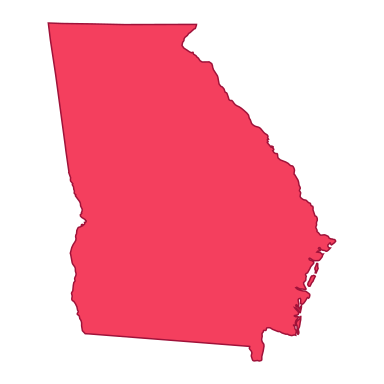 outline of Georgia
{"feature_id": "USA-3543", "entity_name": "Georgia", "entity_type": "State", "adm_level": 1, "iso_a3": "USA", "parent_name": "United States of America", "parent_adm1": "", "projection": "albers", "projection_center": [-82.629, 32.682], "detail": "fine", "context": "isolated", "style": "filled", "palette": "rose", "viewbox_px": 384, "rotation_deg": 0, "n_neighbors": 0, "source": "natural_earth", "source_scale": "10m", "svg_char_len": 5955}
<svg xmlns="http://www.w3.org/2000/svg" viewBox="0 0 384 384"><path d="M332.3,239.0L333.0,239.4L333.9,239.4L334.9,239.7L335.7,241.1L334.6,242.6L331.6,244.9L331.0,244.6L330.6,243.9L330.3,243.0L329.5,243.1L328.8,244.2L327.8,245.1L327.9,246.4L328.8,247.7L330.4,248.0L328.3,250.2L326.9,251.2L326.0,251.3L325.0,250.6L322.2,250.1L321.1,249.6L320.3,248.2L319.8,247.6L319.0,247.6L318.4,248.3L318.8,249.0L320.1,249.9L320.2,250.6L317.7,251.2L316.9,252.1L320.4,252.6L322.0,254.1L323.3,254.0L322.7,255.0L322.1,256.9L320.2,259.4L319.4,260.2L318.5,260.6L315.3,260.7L313.3,260.4L310.2,258.3L309.4,258.2L309.0,258.7L309.3,259.7L310.1,260.2L312.0,260.7L313.8,262.1L313.6,263.4L311.2,266.1L310.4,267.3L310.0,268.4L307.5,272.9L306.4,273.3L305.6,274.2L305.5,274.8L306.3,276.4L305.8,277.9L305.9,279.0L305.7,280.4L303.6,282.6L303.7,284.2L306.1,289.0L305.5,289.4L299.7,288.8L298.4,288.2L297.1,287.4L296.6,287.3L295.8,287.7L297.4,289.2L299.9,290.2L302.7,290.9L305.0,291.1L306.0,291.4L308.7,293.4L309.7,294.3L309.8,295.5L309.4,297.2L308.6,298.2L307.4,297.6L305.2,301.2L303.7,303.2L302.6,304.1L301.1,304.0L300.6,303.6L300.7,299.3L300.2,298.4L298.9,298.7L298.2,299.5L298.2,300.6L298.7,303.4L298.8,304.9L298.5,305.9L296.3,304.7L295.8,305.3L296.0,306.2L297.8,307.0L299.9,309.1L299.8,307.6L300.2,306.8L301.5,305.6L301.4,307.5L300.3,312.6L299.9,312.6L299.1,311.1L297.8,309.5L296.3,308.2L294.7,307.7L295.6,309.0L298.1,311.6L298.6,312.8L298.3,314.3L297.3,315.0L294.4,315.6L294.4,316.1L295.7,316.7L297.9,316.7L298.7,317.0L298.0,318.1L296.1,320.3L295.7,321.3L295.3,323.0L295.5,323.7L296.1,324.6L296.2,325.5L295.0,325.1L293.6,325.1L293.6,325.6L294.5,325.9L294.8,326.6L294.9,328.5L295.2,329.2L296.0,330.2L296.3,331.0L296.1,332.6L295.7,334.4L295.8,335.3L294.2,334.9L292.2,335.5L291.6,335.6L289.0,335.0L287.6,334.2L285.8,334.2L281.9,332.9L280.2,331.8L279.3,331.5L278.2,331.6L272.5,329.3L270.2,327.8L268.0,327.7L266.9,327.9L266.5,328.4L266.2,329.9L265.8,330.4L265.2,330.5L264.1,330.3L263.7,330.4L263.5,330.6L263.3,331.8L262.4,332.9L262.0,333.8L262.2,336.3L261.7,338.9L261.7,340.1L262.3,342.0L263.8,344.2L264.0,346.2L263.2,351.0L261.8,356.5L261.8,359.5L261.7,360.0L261.2,360.5L259.4,361.0L257.3,360.5L254.4,360.9L253.3,360.7L252.7,360.2L252.4,359.6L251.3,356.2L251.3,355.4L251.9,353.1L251.7,352.1L251.2,351.0L249.7,349.1L249.3,348.2L249.8,346.7L249.7,346.4L89.2,333.9L85.2,333.7L82.4,330.7L81.6,325.9L81.6,322.8L81.2,321.1L80.4,319.4L79.8,318.8L79.4,316.6L79.1,315.8L77.3,314.3L77.3,313.4L78.0,312.4L78.3,311.8L78.1,311.0L77.6,310.3L76.9,306.8L75.4,303.7L73.8,301.4L72.6,300.7L71.9,299.8L71.8,298.6L72.2,296.0L71.5,293.3L71.7,292.6L72.8,290.8L73.3,285.3L73.8,282.6L75.1,280.9L74.6,278.8L75.0,277.3L75.7,276.0L76.1,274.3L76.0,273.3L75.4,271.2L75.3,268.3L74.8,267.0L72.7,264.0L72.2,262.8L70.7,254.6L70.3,253.2L71.8,247.5L73.1,244.7L75.1,241.6L75.8,240.2L76.0,238.4L75.6,236.8L75.8,235.1L76.5,233.9L76.8,230.5L77.8,228.2L78.3,227.5L78.7,227.3L80.5,226.8L82.3,225.9L81.3,225.2L81.6,224.6L82.5,224.4L83.6,224.9L84.1,224.5L84.6,224.0L84.8,223.3L84.5,222.4L85.6,222.2L86.0,221.8L86.2,221.2L86.1,220.7L85.5,220.5L85.2,219.6L81.7,217.4L80.5,216.1L80.3,214.8L81.7,213.4L81.4,212.6L82.1,211.1L82.2,209.2L80.6,205.9L80.4,203.5L80.1,202.6L79.5,201.4L75.4,195.8L75.8,194.9L75.3,194.3L74.6,193.8L74.2,193.1L74.4,190.9L73.8,189.4L73.5,186.8L72.5,185.2L72.3,184.5L72.8,183.8L70.6,181.0L70.4,179.8L70.6,177.7L68.7,172.4L68.9,171.8L65.9,150.9L65.3,145.9L55.7,75.0L50.4,40.0L48.3,23.0L62.2,23.5L92.1,23.9L124.5,24.6L196.5,24.4L196.4,25.3L195.3,28.5L193.9,29.1L190.1,32.6L189.0,33.2L188.0,34.4L187.4,35.4L184.9,37.4L184.1,38.8L183.9,40.5L183.6,41.1L182.6,42.4L182.0,45.5L183.9,48.1L189.3,51.7L191.3,52.7L192.7,52.3L193.1,52.4L193.2,53.4L193.7,54.3L195.9,55.6L197.2,57.3L198.4,58.1L199.4,59.8L200.3,60.9L202.3,62.0L209.2,61.9L211.7,63.6L212.4,65.5L212.7,67.4L213.5,69.8L217.4,75.8L217.9,77.4L219.0,83.6L219.4,84.6L219.8,84.9L220.8,86.3L222.2,86.9L222.9,87.6L224.1,89.1L224.7,91.1L225.2,92.2L226.6,92.9L227.1,93.7L228.4,97.5L228.9,99.4L229.6,100.2L230.6,100.5L231.8,100.5L232.8,101.5L233.8,103.0L235.2,104.7L237.1,105.9L239.1,106.8L241.4,108.3L243.9,110.4L246.9,113.1L248.5,115.1L249.3,118.3L250.3,119.8L251.6,123.5L252.9,124.8L254.3,125.8L255.6,126.4L258.5,127.2L259.7,127.8L260.9,128.9L263.5,132.1L264.7,133.3L267.2,134.9L268.0,136.2L267.6,137.7L268.5,139.2L267.5,139.4L267.3,139.9L268.1,141.7L267.2,142.2L267.7,143.2L270.8,146.8L271.3,146.1L272.0,146.2L273.1,146.7L273.1,147.2L272.3,147.6L273.3,148.4L273.8,149.3L273.6,150.0L272.7,150.6L273.7,152.2L274.6,153.1L275.7,153.5L277.1,153.6L277.5,154.2L277.8,157.1L278.2,158.1L280.3,159.9L285.7,162.0L288.2,163.4L289.9,165.1L290.9,165.7L292.2,165.9L293.0,166.4L293.7,167.6L294.3,169.1L294.5,170.3L294.1,172.8L294.1,174.2L294.8,174.8L298.0,180.2L298.6,182.2L298.9,184.4L299.2,185.6L299.8,186.6L300.2,187.7L300.2,188.7L299.8,189.2L299.4,190.8L300.2,191.8L300.7,192.9L300.2,195.4L300.1,196.5L300.7,197.6L302.6,199.2L303.9,199.8L305.7,200.1L306.3,200.4L308.5,202.6L310.1,203.2L310.4,203.5L310.8,204.9L311.1,205.6L312.8,206.4L313.1,207.7L313.0,209.9L315.0,215.9L315.9,216.2L316.7,217.0L317.2,218.3L317.3,219.8L317.2,220.6L316.7,221.6L316.4,223.1L316.6,225.0L315.9,226.7L315.8,227.5L317.1,230.3L316.9,231.2L317.1,231.7L318.4,232.7L320.2,234.9L320.7,235.2L324.3,234.8L325.6,235.1L328.1,236.3L328.5,236.8L328.9,237.8L329.9,238.5L331.0,238.9L332.3,239.0ZM310.6,277.6L311.6,276.0L312.5,275.9L313.6,275.4L314.7,275.7L315.3,276.3L313.9,279.1L313.0,281.3L311.7,282.8L310.1,286.1L309.0,286.3L308.2,285.6L307.7,284.4L308.3,282.3L309.4,280.7L310.6,277.6ZM297.1,328.5L297.1,326.0L296.2,323.6L296.8,321.4L299.8,318.8L300.3,316.5L300.8,316.5L300.7,319.8L300.2,322.2L299.9,324.3L299.4,326.9L298.4,328.9L298.4,330.0L298.9,332.2L298.7,333.6L298.2,334.3L297.7,334.1L297.1,328.5ZM316.0,265.6L316.7,263.5L317.5,263.5L317.8,263.9L317.7,264.8L317.7,266.5L318.1,268.5L316.1,273.0L315.2,272.8L315.7,270.6L315.0,269.8L314.9,268.0L316.0,265.6Z" fill="#f43f5e" stroke="#9f1239" stroke-width="1.5"/></svg>